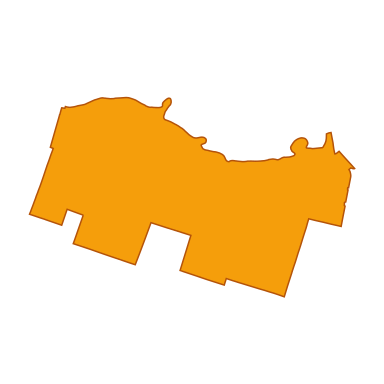 Ciulnita, Ialomita, Romania, rotated 9°
{"feature_id": "2599482B31349838477695", "entity_name": "Ciulnita", "entity_type": "district", "adm_level": 2, "iso_a3": "ROU", "parent_name": "Romania", "parent_adm1": "Ialomita", "projection": "albers", "projection_center": [27.294, 44.52], "detail": "fine", "context": "isolated", "style": "filled", "palette": "amber", "viewbox_px": 384, "rotation_deg": 9, "n_neighbors": 0, "source": "geoboundaries", "source_scale": "gbopen_adm2", "svg_char_len": 5020}
<svg xmlns="http://www.w3.org/2000/svg" viewBox="0 0 384 384"><g transform="rotate(9 192 192)"><path d="M238.4,278.9L239.4,272.1L246.1,273.2L248.3,273.5L252.1,274.1L255.8,274.6L259.3,275.1L271.4,276.8L273.4,277.1L279.1,277.8L283.6,278.5L288.2,279.1L293.1,279.9L299.5,281.1L300.3,275.4L301.1,269.7L301.6,266.5L302.1,263.3L303.1,257.0L303.5,253.9L303.7,252.9L304.3,249.0L305.0,245.1L305.7,240.2L306.4,235.3L307.0,231.8L307.6,228.0L308.7,220.2L309.4,215.5L310.3,209.9L310.6,207.5L310.8,205.5L311.1,203.0L311.5,200.2L314.8,200.5L318.1,200.8L321.2,201.0L324.2,201.2L326.2,201.3L328.3,201.5L334.4,202.0L342.1,202.5L344.7,202.7L345.0,192.3L345.4,182.0L344.6,181.6L344.2,178.6L344.5,178.2L345.4,177.8L345.8,165.7L345.4,165.7L345.2,164.5L345.1,164.1L345.2,163.3L346.0,163.3L346.4,152.2L346.2,150.6L345.7,149.0L344.9,147.1L344.0,145.9L343.5,145.3L345.1,143.4L347.2,143.8L348.4,143.7L348.9,143.5L349.0,143.4L335.3,132.4L330.9,128.8L329.5,130.3L328.8,131.1L328.1,131.7L327.9,131.8L327.1,132.0L325.4,127.6L324.1,123.3L323.6,121.5L323.3,120.7L320.0,111.5L317.8,112.3L315.7,113.6L316.1,116.6L316.3,118.4L316.3,120.7L315.8,123.4L314.4,127.2L313.9,127.8L306.0,129.9L304.3,130.3L301.9,130.3L299.8,130.6L298.2,130.6L297.9,130.1L298.1,128.5L298.5,127.7L298.7,126.8L298.8,125.9L298.5,124.9L297.9,123.8L297.0,122.7L296.0,121.9L294.9,121.4L294.5,121.4L293.8,121.3L292.8,121.3L291.6,121.4L290.7,121.7L289.9,122.1L288.7,122.7L287.1,123.9L286.3,124.7L285.1,126.0L284.8,126.8L284.2,127.7L282.8,131.0L282.5,132.1L282.5,132.6L283.0,134.2L283.5,134.8L284.3,136.0L285.9,137.0L286.6,137.2L287.0,137.5L287.5,137.9L287.7,138.2L287.8,138.5L287.3,139.9L286.6,140.4L284.5,141.5L282.8,142.2L279.3,143.0L277.9,143.2L277.3,143.3L276.2,143.8L275.4,144.3L274.5,145.0L273.7,145.7L272.2,146.6L271.7,146.8L270.5,146.8L269.6,146.7L267.5,146.7L266.5,146.8L262.8,147.9L261.9,148.5L258.8,149.7L254.4,150.8L252.0,151.3L249.8,151.7L245.0,152.3L243.6,152.6L242.2,152.8L240.8,153.3L239.3,153.7L237.3,154.1L232.3,154.4L231.3,154.4L230.1,154.5L228.1,154.5L227.6,154.6L227.0,154.6L226.6,154.7L226.2,154.8L225.8,155.0L225.1,155.2L224.6,155.5L224.1,156.1L223.5,156.3L222.9,156.3L221.5,155.9L220.8,155.4L219.9,154.2L219.2,153.1L218.4,152.0L217.7,151.2L216.8,150.6L215.9,150.1L214.3,149.6L213.2,149.2L210.2,148.8L209.3,148.7L206.6,148.8L204.9,148.7L202.9,148.6L201.3,148.4L200.1,148.4L198.2,148.3L196.3,147.7L195.7,147.2L194.8,146.1L193.7,144.4L193.8,143.9L194.3,143.4L196.6,142.1L197.3,141.6L197.8,140.9L198.0,140.0L198.0,138.8L197.7,137.8L197.1,137.1L196.3,136.7L195.4,136.3L194.2,136.2L193.1,136.3L192.1,136.5L190.8,137.0L188.9,137.7L187.8,138.0L186.9,138.1L185.9,138.1L184.9,138.0L184.0,137.7L181.5,136.6L180.1,135.9L177.9,134.4L175.9,133.1L174.9,132.4L174.7,132.2L174.4,132.0L174.1,131.8L173.6,131.5L173.1,131.2L172.7,131.0L172.2,130.7L171.7,130.5L170.8,130.2L170.0,129.8L169.5,129.5L168.1,128.9L167.5,128.6L166.5,128.3L165.6,127.9L164.4,127.6L163.4,127.2L162.6,126.9L161.7,126.6L161.1,126.4L160.6,126.2L159.5,125.9L156.4,125.2L154.1,124.8L153.4,124.3L152.8,123.8L152.5,123.1L152.3,122.2L152.2,121.3L152.5,119.9L152.7,118.5L152.9,117.2L153.3,116.1L154.0,114.8L154.3,114.0L154.8,112.8L155.6,111.4L156.0,110.6L156.4,110.0L156.9,109.4L157.1,108.9L157.2,108.3L157.3,107.7L157.4,106.9L157.3,106.1L157.1,105.3L157.0,104.8L156.7,104.2L156.4,103.6L155.9,103.1L154.9,102.9L154.0,103.1L153.2,103.6L152.3,104.4L150.8,106.1L150.2,106.9L149.5,108.0L149.3,108.4L149.2,108.9L149.1,109.8L149.3,110.7L149.4,111.4L149.3,112.0L149.0,112.5L148.4,112.9L147.9,113.2L147.2,113.5L146.1,113.8L145.0,114.0L144.1,114.1L143.5,114.2L142.9,114.3L142.3,114.3L141.6,114.4L140.8,114.5L140.0,114.5L138.6,114.6L137.4,114.9L136.2,114.9L135.0,114.7L133.4,114.3L133.0,114.2L132.6,114.0L131.9,113.6L128.4,112.6L127.3,112.2L123.4,110.6L121.8,110.0L119.4,109.5L117.0,109.1L114.8,108.8L112.2,109.0L109.6,109.6L107.0,110.2L104.2,110.8L101.5,111.4L101.2,111.5L100.7,111.8L100.0,112.0L99.1,112.2L97.6,112.5L96.5,112.7L95.7,112.7L94.2,112.8L92.7,112.9L91.7,112.9L91.0,113.0L89.9,113.0L89.1,113.0L87.8,113.3L86.7,113.7L85.8,114.2L84.9,114.6L84.1,115.0L83.4,115.4L81.6,116.2L79.7,117.4L76.7,119.4L74.4,120.9L72.7,122.1L71.1,122.8L69.2,123.5L65.8,124.7L63.9,125.6L62.2,126.3L58.6,127.4L57.3,127.6L55.2,127.6L53.6,127.4L53.3,129.2L52.1,129.2L50.7,129.2L50.6,129.3L50.3,129.3L50.1,129.3L49.7,132.6L49.4,135.8L49.2,136.2L49.1,136.5L49.1,137.1L48.8,139.7L47.1,153.5L45.1,170.0L48.1,170.7L47.6,173.5L46.9,176.8L45.8,183.1L44.6,189.1L44.6,189.3L43.9,193.4L42.9,199.5L42.1,204.1L41.5,207.4L40.9,210.6L40.2,213.7L40.0,214.7L39.7,216.5L38.9,220.0L38.6,221.7L38.5,222.5L37.6,226.9L37.0,230.0L36.2,233.7L35.6,236.8L35.1,238.8L35.0,239.4L37.6,239.8L46.3,241.3L50.8,242.0L51.6,242.2L60.1,243.7L68.5,245.2L71.0,230.7L71.4,228.6L80.0,230.3L88.3,231.9L88.2,231.9L83.8,256.3L83.2,259.5L82.8,261.6L100.9,264.6L107.9,265.9L115.1,267.2L142.9,272.0L147.3,272.7L149.3,263.4L150.7,256.7L153.3,243.9L156.3,228.7L172.9,231.3L197.7,235.0L192.5,271.4L206.3,273.7L220.3,276.1L238.4,278.9Z" fill="#f59e0b" stroke="#b45309" stroke-width="1.5"/></g></svg>